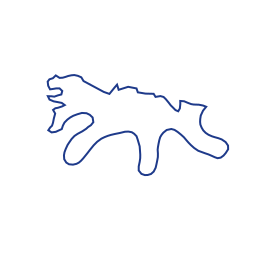 the district of Alto Bela Vista, Santa Catarina, Brazil, rotated 309°
{"feature_id": "56859067B70732496229175", "entity_name": "Alto Bela Vista", "entity_type": "district", "adm_level": 2, "iso_a3": "BRA", "parent_name": "Brazil", "parent_adm1": "Santa Catarina", "projection": "albers", "projection_center": [-51.932, -27.427], "detail": "fine", "context": "isolated", "style": "outline", "palette": "blue", "viewbox_px": 256, "rotation_deg": 309, "n_neighbors": 0, "source": "geoboundaries", "source_scale": "gbopen_adm2", "svg_char_len": 2240}
<svg xmlns="http://www.w3.org/2000/svg" viewBox="0 0 256 256"><g transform="rotate(309 128 128)"><path d="M123.4,38.8L119.4,38.3L116.4,36.3L113.5,36.4L110.6,39.4L109.0,43.1L111.0,45.0L113.4,47.1L115.7,49.9L115.4,53.6L112.1,55.1L109.4,53.1L106.0,51.0L104.5,48.6L102.3,45.7L100.7,49.1L101.9,53.4L103.9,57.1L105.8,60.7L106.0,64.4L103.3,63.2L99.6,60.8L97.6,59.1L94.9,58.4L93.4,62.3L88.7,64.4L84.9,66.4L82.0,67.5L79.3,67.2L76.1,67.5L76.5,71.4L79.6,74.3L85.5,77.2L88.9,75.9L92.3,75.2L96.4,75.6L99.9,76.5L103.1,77.8L106.8,80.0L110.7,82.7L113.4,86.5L114.2,90.0L113.9,93.9L110.7,97.4L106.8,97.4L103.7,96.4L101.1,96.0L96.7,94.6L91.7,92.5L88.1,91.4L84.0,91.1L79.8,91.4L76.8,91.7L72.5,92.8L69.2,93.9L66.5,95.4L63.6,98.1L62.3,101.8L62.7,105.0L64.9,108.3L67.7,110.5L70.2,111.6L72.9,112.1L76.2,112.3L80.3,112.3L83.1,112.3L86.8,112.2L93.0,112.2L97.9,112.7L102.9,114.0L106.1,115.5L109.1,117.2L111.8,119.0L114.9,121.4L119.0,124.8L123.2,128.0L125.5,130.6L127.1,133.6L127.4,136.4L127.0,139.8L125.1,142.8L123.3,145.4L121.1,148.6L117.6,151.9L115.0,154.3L112.2,156.5L109.0,158.4L104.9,160.5L101.7,163.1L100.8,167.3L102.0,170.7L103.9,172.9L106.7,174.8L110.3,175.4L114.5,174.5L117.8,172.9L120.9,171.3L124.2,169.5L127.0,167.3L129.8,164.7L132.0,163.3L134.9,161.7L138.2,160.0L141.1,158.8L143.8,158.4L146.6,158.4L150.8,159.3L154.5,162.3L155.8,165.3L156.2,169.1L156.2,173.3L156.0,177.2L155.2,181.4L154.7,184.3L154.3,187.8L154.1,192.0L154.5,196.9L155.8,200.7L156.9,203.9L158.1,207.1L159.1,210.7L159.9,213.8L160.9,216.6L163.3,218.7L166.7,219.6L170.0,219.7L174.5,219.2L177.3,216.8L178.5,212.7L178.1,208.0L176.9,204.5L175.5,201.3L174.4,198.5L173.4,194.8L173.1,191.4L173.5,188.0L174.6,185.0L176.2,182.1L178.1,180.2L180.4,178.5L183.5,176.7L188.7,175.4L193.7,175.4L192.7,172.2L190.7,168.4L187.6,164.3L186.3,162.0L185.1,158.3L184.1,154.8L181.9,151.6L179.5,153.6L175.8,156.0L172.6,156.5L171.8,153.6L172.2,150.1L172.5,147.0L173.3,143.7L174.2,139.3L174.5,136.1L173.2,133.1L169.5,129.8L170.7,126.4L165.7,119.9L163.4,115.8L161.9,113.2L164.1,109.7L160.1,102.2L151.8,96.7L154.8,92.2L150.3,92.1L142.8,92.1L140.8,86.5L136.5,63.9L138.0,59.8L137.0,56.2L135.4,53.0L133.4,50.9L130.8,48.8L128.4,47.3L126.0,45.6L123.9,43.3L123.4,38.8Z" fill="none" stroke="#1e3a8a" stroke-width="2"/></g></svg>